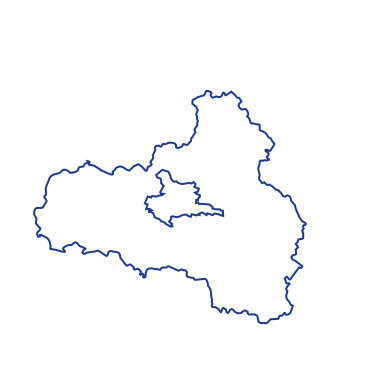 outline of Kiev, rotated 293°
{"feature_id": "UKR-321", "entity_name": "Kiev", "entity_type": "Region", "adm_level": 1, "iso_a3": "UKR", "parent_name": "Ukraine", "parent_adm1": "", "projection": "albers", "projection_center": [30.544, 50.332], "detail": "fine", "context": "isolated", "style": "outline", "palette": "blue", "viewbox_px": 384, "rotation_deg": 293, "n_neighbors": 0, "source": "natural_earth", "source_scale": "10m", "svg_char_len": 6020}
<svg xmlns="http://www.w3.org/2000/svg" viewBox="0 0 384 384"><g transform="rotate(293 192 192)"><path d="M113.7,54.2L115.3,54.4L116.6,55.3L118.4,59.3L119.3,60.6L126.0,61.8L127.3,61.5L129.4,58.4L130.3,57.7L132.2,58.6L133.2,58.5L137.7,56.2L139.4,55.7L149.7,55.5L151.8,56.1L153.9,57.7L157.7,62.6L161.4,64.4L162.4,65.3L163.0,66.9L163.1,69.1L162.1,72.6L162.7,73.9L164.9,76.8L167.0,78.2L170.3,78.4L171.4,79.5L173.1,82.0L176.3,82.5L178.0,84.0L178.6,85.2L179.4,85.0L179.7,84.3L179.9,85.2L179.7,85.9L177.1,86.1L176.8,86.9L177.7,90.0L178.0,91.7L176.5,100.2L176.3,107.5L176.7,111.5L177.2,112.1L178.1,112.1L179.8,111.0L181.6,112.2L184.2,112.6L186.8,114.8L187.5,116.0L187.9,118.1L187.0,123.7L187.2,125.9L193.2,128.6L196.6,131.6L196.0,135.4L193.6,140.7L193.5,141.5L193.7,141.8L195.0,142.0L197.7,141.6L200.9,144.2L201.9,143.9L202.8,142.4L203.5,142.0L208.0,143.1L210.4,141.6L216.3,141.8L219.0,140.4L219.9,140.5L221.7,143.1L221.4,145.3L221.7,145.7L225.1,146.6L225.3,148.5L228.2,151.3L229.2,153.3L229.9,156.2L229.7,157.6L228.9,159.2L227.2,159.6L226.8,160.9L226.8,161.8L229.8,164.9L232.8,165.3L233.1,166.5L233.0,168.1L234.1,169.7L236.4,170.2L238.1,171.1L240.8,170.4L248.3,171.9L250.1,170.1L250.8,169.8L255.7,170.8L257.8,169.8L259.6,169.7L261.2,168.0L263.1,167.4L265.1,165.5L269.7,165.3L271.1,163.4L272.3,162.5L272.3,161.0L273.0,159.7L273.2,158.0L275.3,157.1L277.0,156.8L281.7,160.4L285.8,165.4L290.4,165.6L290.8,165.9L291.4,168.3L291.1,170.8L290.6,171.3L288.3,171.3L287.0,173.3L286.9,174.3L289.5,177.1L289.8,179.8L290.5,180.8L292.2,181.8L295.2,181.8L295.8,182.4L295.6,183.3L294.1,185.0L294.6,185.7L299.7,188.9L297.9,194.2L296.4,196.6L297.0,198.2L296.8,198.9L294.7,202.2L291.8,200.9L290.4,200.9L289.3,201.4L287.8,203.5L287.4,205.1L287.6,206.1L289.2,208.5L289.2,209.4L288.6,210.6L286.2,213.2L284.7,213.6L283.1,213.3L282.1,215.9L278.6,219.0L278.3,219.6L279.0,221.5L279.5,224.9L280.3,227.2L280.2,228.0L275.5,230.2L275.2,231.1L275.5,233.7L275.3,235.6L274.3,238.1L272.2,241.1L272.1,243.6L270.5,245.4L268.6,249.0L267.9,249.2L260.7,248.0L260.2,247.4L260.1,244.2L259.4,243.3L258.6,243.6L258.0,246.3L257.5,247.5L255.5,248.0L253.5,247.1L252.8,248.0L252.2,250.0L251.8,250.3L250.0,248.2L249.7,246.5L248.5,245.0L247.9,243.1L246.6,242.5L243.9,243.3L239.5,243.7L233.6,247.9L230.9,248.2L230.0,248.8L227.5,253.1L229.1,254.7L227.8,258.4L228.0,259.1L228.9,259.9L229.0,260.8L228.3,265.0L227.0,267.7L227.4,270.5L225.5,275.1L223.8,277.3L224.0,279.5L226.1,280.8L226.2,282.1L226.0,284.2L222.5,287.0L220.0,292.0L216.8,294.3L210.3,301.2L208.1,305.0L207.9,308.3L207.1,309.3L206.0,309.1L204.9,307.7L204.0,307.5L202.0,309.1L199.5,308.5L197.3,310.6L193.0,312.3L192.2,312.0L189.8,308.4L187.5,308.8L184.8,307.8L182.7,311.2L179.4,310.0L178.1,311.0L175.4,312.0L174.7,311.6L173.9,310.2L172.7,309.2L170.7,309.0L169.3,310.5L169.0,313.8L167.0,322.1L166.4,322.7L164.9,322.3L164.5,321.3L164.5,320.1L163.9,319.8L149.9,316.6L149.5,315.5L150.9,312.9L151.0,312.2L148.6,311.2L144.9,314.5L145.9,317.1L145.4,317.7L143.2,316.8L139.8,316.4L138.7,317.3L137.9,318.6L133.2,319.2L130.6,321.0L128.9,324.5L126.8,326.8L126.8,328.9L126.6,329.3L119.5,329.8L118.2,329.4L116.6,328.2L115.8,326.9L115.9,325.7L117.0,324.7L116.7,324.3L113.3,323.1L112.6,321.4L111.7,321.0L109.0,320.9L105.4,313.9L101.8,312.8L100.1,311.7L99.7,309.5L98.2,306.4L98.3,304.8L98.9,303.7L103.0,300.9L103.7,299.9L103.7,297.2L101.5,292.0L101.9,290.9L103.5,289.9L103.7,287.2L103.3,286.3L99.8,284.4L98.3,281.9L98.4,278.6L99.7,275.6L99.8,274.8L99.5,273.9L98.4,273.2L94.7,272.5L94.9,270.8L97.1,269.2L97.5,266.4L97.4,266.0L96.8,265.6L92.6,265.7L92.6,265.2L94.2,262.8L95.0,259.8L95.0,258.3L94.2,255.9L94.5,255.0L95.1,254.6L97.3,254.4L98.7,252.9L100.4,252.7L103.2,250.7L109.0,247.5L110.9,245.2L111.9,243.5L114.3,242.1L116.6,239.8L117.2,238.4L117.0,237.6L112.4,229.4L112.4,228.7L113.4,227.0L112.4,222.6L112.3,220.7L112.9,219.7L116.2,218.7L117.3,217.0L117.3,216.5L116.8,215.2L116.5,212.3L114.6,210.8L114.2,209.7L114.5,199.7L114.3,199.0L112.5,197.9L110.6,193.8L108.0,193.1L107.7,192.5L107.5,190.6L106.5,188.1L106.1,184.8L105.1,183.0L104.2,181.7L102.8,180.9L99.6,181.0L95.8,182.3L94.9,181.9L94.4,181.0L94.6,180.2L96.7,179.9L97.5,178.8L97.5,178.4L95.7,177.0L95.9,176.2L98.6,176.2L99.3,175.1L100.0,172.8L100.0,171.5L98.5,170.0L98.2,168.6L99.9,167.8L101.2,163.9L101.0,163.0L99.1,161.3L98.7,160.7L98.9,159.8L103.5,151.7L106.1,150.1L106.8,149.2L107.3,148.1L107.4,146.9L105.7,139.6L104.3,138.7L100.5,138.9L99.8,138.5L99.8,137.6L101.3,129.3L101.1,127.9L99.1,125.5L95.1,118.9L93.2,117.6L92.9,115.9L93.0,115.2L93.3,114.8L95.7,114.8L98.1,116.1L98.4,115.3L98.4,109.6L100.2,106.0L100.2,104.6L99.0,103.1L96.1,101.8L94.6,98.6L91.0,95.6L89.5,95.3L87.7,98.1L87.1,98.2L86.3,95.4L85.6,89.3L84.3,84.1L84.8,83.4L86.5,83.2L90.2,80.8L92.1,78.6L92.9,77.0L93.3,74.7L93.5,69.4L93.1,68.8L91.6,69.3L90.7,67.6L92.7,65.9L94.4,65.4L97.6,66.8L99.1,66.8L102.1,60.6L106.8,59.2L109.0,56.4L110.5,55.0L113.7,54.2ZM194.8,197.4L197.7,197.0L197.6,192.2L200.6,192.2L201.8,189.7L199.6,188.1L199.4,186.1L195.3,179.5L195.0,175.2L195.8,173.7L194.5,171.6L194.7,169.8L196.4,167.1L198.6,165.7L201.4,162.4L200.8,155.9L193.6,152.4L191.8,154.4L192.1,157.7L190.4,159.2L188.0,160.2L186.7,163.5L179.5,162.8L178.5,163.9L179.2,166.6L177.3,165.5L175.9,163.1L173.8,161.0L172.8,156.9L170.9,156.5L170.6,153.1L163.1,153.0L163.1,156.0L158.3,156.5L159.9,159.4L159.5,161.8L158.1,159.5L156.8,160.4L157.5,162.3L157.4,164.5L154.3,167.3L154.0,169.3L154.3,171.7L153.8,173.9L153.0,174.9L153.2,178.9L152.4,180.7L151.8,185.7L152.6,187.2L153.4,186.0L154.7,186.3L155.8,182.5L159.0,183.5L160.7,182.5L161.9,183.3L162.9,187.9L164.9,190.4L167.2,192.4L169.1,195.7L168.4,197.9L168.8,200.6L171.5,200.4L172.2,205.4L173.6,206.0L173.8,208.0L175.1,207.3L177.2,209.2L176.4,214.4L178.3,214.4L178.8,220.2L180.8,220.9L181.8,224.5L182.1,230.1L186.9,227.7L186.2,225.8L187.0,224.5L185.2,220.3L184.8,217.2L186.2,217.0L187.3,213.2L186.0,208.7L183.8,203.0L184.6,201.9L183.6,200.0L186.4,199.0L186.8,200.8L188.4,200.2L190.6,201.1L192.1,200.6L192.0,197.0L192.6,195.0L194.8,197.4Z" fill="none" stroke="#1e3a8a" stroke-width="2"/></g></svg>